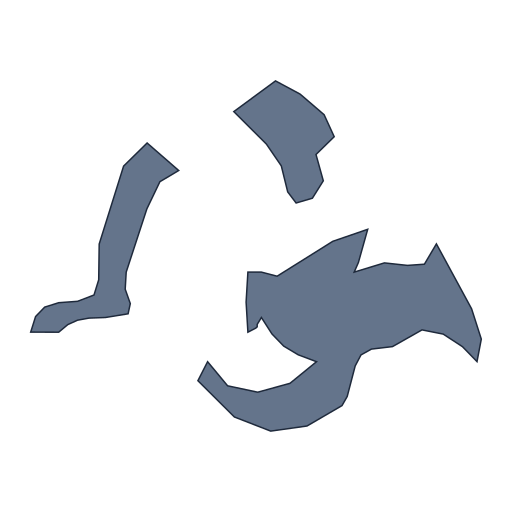 the County of Penghu
{"feature_id": "TWN-3414", "entity_name": "Penghu", "entity_type": "County", "adm_level": 1, "iso_a3": "TWN", "parent_name": "Taiwan", "parent_adm1": "", "projection": "orthographic", "projection_center": [119.557, 23.598], "detail": "fine", "context": "isolated", "style": "filled", "palette": "slate", "viewbox_px": 512, "rotation_deg": 0, "n_neighbors": 0, "source": "natural_earth", "source_scale": "10m", "svg_char_len": 1055}
<svg xmlns="http://www.w3.org/2000/svg" viewBox="0 0 512 512"><path d="M436.4,243.9L471.6,308.8L481.3,339.1L477.0,361.6L462.5,346.7L443.2,334.1L422.0,329.9L392.5,346.6L371.4,349.1L361.0,354.9L355.2,365.9L347.2,396.5L342.0,405.6L307.0,426.0L270.7,431.1L234.4,417.0L197.9,380.7L207.6,361.7L227.6,385.8L257.7,392.2L290.0,383.3L316.5,361.7L298.2,354.8L283.7,346.1L272.0,334.0L261.4,317.5L257.2,324.4L257.2,326.8L255.8,328.1L247.9,332.2L246.1,302.1L247.9,272.1L261.4,272.1L277.1,276.2L332.8,241.3L367.7,229.3L358.4,262.5L354.2,272.1L384.4,262.9L407.5,265.4L424.4,264.2L436.4,243.9ZM99.2,244.0L123.6,166.1L147.1,143.0L178.7,170.5L159.9,181.7L146.9,208.8L126.2,272.1L125.2,289.2L130.3,303.6L128.1,313.8L105.4,317.5L89.0,318.1L77.5,320.2L67.8,324.6L58.7,332.2L30.7,332.1L35.6,316.5L44.7,307.1L58.7,302.7L77.6,301.3L94.0,295.0L98.7,279.8L99.2,244.0ZM287.7,191.9L281.3,165.9L266.4,144.1L233.8,111.6L275.5,80.9L300.1,94.1L324.1,114.7L334.2,136.7L316.0,154.5L323.3,180.8L312.4,198.2L296.1,203.0L287.7,191.9Z" fill="#64748b" stroke="#1e293b" stroke-width="1.5"/></svg>